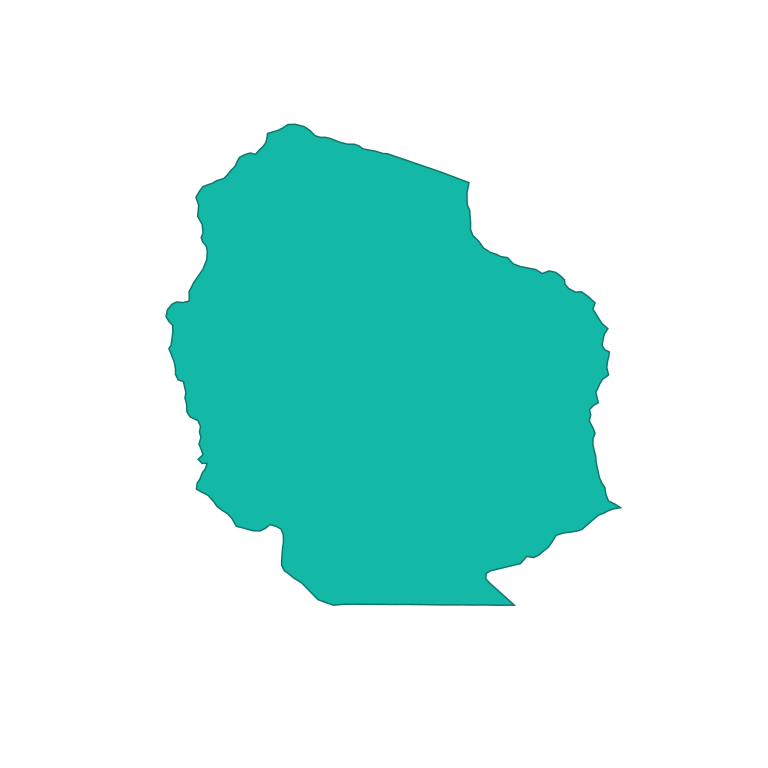 Ocara, Ceará, Brazil, rotated 127°
{"feature_id": "56859067B33853151624364", "entity_name": "Ocara", "entity_type": "district", "adm_level": 2, "iso_a3": "BRA", "parent_name": "Brazil", "parent_adm1": "Ceará", "projection": "natural_earth1", "projection_center": [-38.509, -4.524], "detail": "fine", "context": "isolated", "style": "filled", "palette": "teal", "viewbox_px": 768, "rotation_deg": 127, "n_neighbors": 0, "source": "geoboundaries", "source_scale": "gbopen_adm2", "svg_char_len": 3027}
<svg xmlns="http://www.w3.org/2000/svg" viewBox="0 0 768 768"><g transform="rotate(127 384 384)"><path d="M279.9,629.7L284.6,633.2L289.9,635.8L295.0,635.1L299.3,633.9L306.5,634.9L311.5,634.9L316.3,635.6L322.3,640.0L327.0,641.9L330.9,644.6L335.3,647.4L341.0,647.4L348.0,646.6L352.9,639.5L362.2,633.7L365.9,625.4L372.3,619.4L377.1,618.1L379.7,614.3L380.7,609.2L384.2,605.1L391.3,600.4L401.3,597.7L406.4,597.4L412.3,597.2L417.6,597.0L422.2,596.1L427.5,595.3L431.1,592.3L435.0,589.6L440.0,593.6L443.2,598.9L447.9,601.4L455.2,601.6L461.3,598.7L463.4,593.6L464.3,588.2L469.3,584.1L475.3,580.6L481.0,577.5L485.3,577.0L488.4,571.6L492.5,565.0L497.3,559.7L501.8,556.3L504.6,550.7L502.7,545.6L506.2,541.7L510.0,537.1L514.9,534.6L518.9,529.5L524.7,524.8L527.0,519.0L525.2,510.5L528.4,504.9L533.4,502.5L536.9,498.0L543.3,495.6L546.4,490.4L549.4,486.0L556.0,487.1L556.9,481.5L553.8,477.4L559.5,475.7L564.8,475.5L570.7,473.8L575.6,473.5L580.8,470.6L580.1,464.5L578.8,457.6L580.4,449.3L582.2,443.9L582.3,437.0L581.7,430.9L583.1,424.0L586.5,416.3L583.5,409.2L580.1,400.4L575.7,394.3L570.7,391.9L564.8,390.4L562.5,384.0L561.8,378.9L565.0,373.7L571.1,368.9L576.2,366.2L581.0,363.1L585.6,360.1L590.4,356.7L593.1,351.2L592.9,345.6L593.3,339.5L592.4,330.2L593.8,320.9L595.9,306.9L593.4,298.4L591.1,291.3L584.8,284.3L579.2,277.2L573.9,270.0L565.4,258.6L560.7,252.3L552.7,241.5L545.8,232.4L536.2,219.4L525.2,204.3L512.8,187.9L508.4,181.8L499.5,170.1L491.5,159.0L486.5,152.6L482.2,146.8L480.6,165.2L480.1,171.5L479.4,179.7L478.3,185.5L473.7,188.4L469.1,186.5L458.6,177.9L445.3,166.9L435.7,166.2L432.5,160.0L427.0,157.2L422.9,156.4L415.3,154.5L409.6,154.7L401.2,155.4L394.9,151.0L389.9,145.8L384.9,141.0L380.8,138.3L375.6,137.3L370.0,136.1L365.4,135.1L360.0,133.9L355.2,130.9L350.6,128.8L346.0,125.9L340.4,120.6L341.0,127.5L342.3,134.4L338.5,140.5L333.7,145.4L331.8,150.8L329.0,155.8L325.9,159.3L321.7,164.3L317.4,168.8L314.0,171.8L310.6,176.2L306.6,180.8L301.8,184.2L296.4,185.7L293.6,190.1L289.9,197.9L284.3,200.3L280.8,204.5L275.1,203.8L270.0,201.6L266.3,206.0L263.0,209.9L258.6,210.7L254.2,211.7L249.0,212.3L241.6,210.1L236.8,216.0L231.7,219.0L227.5,220.7L222.8,223.4L223.8,228.5L222.0,233.0L216.5,235.9L211.7,238.0L205.1,238.5L204.5,246.4L201.6,254.2L198.4,262.3L192.2,264.2L191.3,273.5L191.5,281.7L195.5,286.5L196.6,293.9L195.5,299.5L192.2,302.4L191.5,307.7L191.5,314.0L194.3,320.2L200.6,324.1L201.3,331.7L204.8,339.0L208.3,346.1L210.3,353.2L208.7,361.3L212.0,367.4L212.8,372.3L214.9,378.1L215.5,386.4L213.0,394.1L212.0,402.3L208.5,407.9L202.8,412.1L198.4,416.1L193.8,420.0L190.6,425.6L185.8,429.3L181.9,432.5L176.4,435.2L172.1,437.3L180.3,465.4L198.0,519.7L200.7,523.9L203.0,530.5L206.4,537.3L208.9,542.3L208.9,547.3L210.4,552.0L214.4,557.4L217.4,564.5L219.0,570.1L220.3,574.8L222.5,579.6L225.4,583.3L227.2,588.6L226.1,595.5L226.5,602.7L230.0,611.1L234.5,616.8L240.8,619.1L245.5,621.5L250.1,624.9L254.0,627.8L258.1,625.4L262.5,623.6L267.3,623.6L272.1,624.4L278.0,624.9L279.9,629.7Z" fill="#14b8a6" stroke="#0f766e" stroke-width="1.5"/></g></svg>